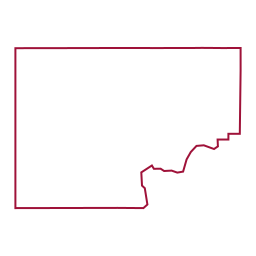 outline of Kay, Oklahoma, United States of America
{"feature_id": "52423323B83070703413565", "entity_name": "Kay", "entity_type": "district", "adm_level": 2, "iso_a3": "USA", "parent_name": "United States of America", "parent_adm1": "Oklahoma", "projection": "mercator", "projection_center": [-97.024, 36.796], "detail": "fine", "context": "isolated", "style": "outline", "palette": "rose", "viewbox_px": 256, "rotation_deg": 0, "n_neighbors": 0, "source": "geoboundaries", "source_scale": "gbopen_adm2", "svg_char_len": 729}
<svg xmlns="http://www.w3.org/2000/svg" viewBox="0 0 256 256"><path d="M15.4,208.1L15.6,208.1L117.5,207.9L143.4,208.1L147.4,204.5L144.8,188.2L142.0,185.6L141.3,172.4L151.9,165.5L153.9,168.8L160.6,168.7L164.1,171.0L171.6,170.6L177.3,172.6L183.1,171.6L186.6,159.4L190.8,152.0L196.5,145.9L203.8,145.3L214.0,149.0L217.9,146.4L217.6,139.5L228.4,139.5L228.4,133.8L239.8,133.8L240.6,70.8L240.6,48.0L227.3,48.0L226.3,48.1L217.6,48.0L203.4,47.9L200.7,47.9L192.5,48.0L192.1,48.0L187.8,48.0L186.2,48.0L185.2,48.0L182.2,48.0L171.9,48.0L169.3,48.0L152.0,48.1L149.0,48.0L129.7,48.0L128.6,48.0L123.5,48.0L122.8,48.0L114.9,48.0L66.5,48.1L43.8,48.1L39.9,48.1L15.4,48.2L15.4,139.6L15.4,208.1Z" fill="none" stroke="#9f1239" stroke-width="2"/></svg>